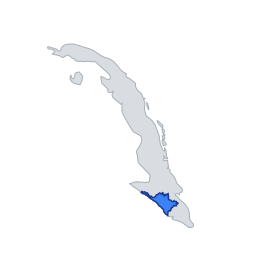 Santiago de Cuba on a map of Cuba (Robinson projection), rotated 41°
{"feature_id": "CUB-1369", "entity_name": "Santiago de Cuba", "entity_type": "Province", "adm_level": 1, "iso_a3": "CUB", "parent_name": "Cuba", "parent_adm1": "", "projection": "robinson", "projection_center": [-76.024, 20.226], "detail": "fine", "context": "in_parent", "style": "filled", "palette": "blue", "viewbox_px": 256, "rotation_deg": 41, "n_neighbors": 0, "source": "natural_earth", "source_scale": "10m", "svg_char_len": 6593}
<svg xmlns="http://www.w3.org/2000/svg" viewBox="0 0 256 256"><g transform="rotate(41 128 128)"><path d="M79.0,87.9L84.6,89.0L89.0,88.7L91.2,88.0L91.0,88.7L92.9,90.4L93.6,90.5L96.5,89.7L104.1,89.3L104.9,89.8L106.2,91.5L108.1,92.5L110.1,93.2L112.2,93.4L114.2,93.1L116.2,93.3L118.6,94.9L119.4,95.1L121.6,94.6L120.9,96.1L124.6,98.1L127.3,102.2L129.2,103.9L131.3,105.3L133.0,106.4L135.0,106.8L140.9,106.6L142.3,106.8L143.6,107.3L144.8,107.6L145.5,107.4L156.9,113.6L160.6,117.0L162.8,118.8L167.6,121.3L169.5,121.8L170.6,121.5L170.4,121.0L169.0,119.5L168.7,119.0L170.6,119.5L173.8,122.3L174.7,123.4L176.4,124.3L178.0,125.0L177.2,126.2L175.9,126.3L173.3,125.8L175.4,127.6L175.7,129.0L176.7,129.1L178.1,127.6L179.0,126.4L182.6,129.6L184.5,131.0L184.0,131.9L183.9,132.7L186.0,131.9L186.9,132.0L187.7,132.5L188.5,133.8L190.6,134.1L192.6,134.1L196.8,135.2L200.7,137.5L204.4,138.0L208.1,138.1L210.0,139.3L210.8,140.9L209.9,142.1L209.4,143.3L210.8,144.8L207.7,145.4L207.3,146.3L207.5,147.3L208.1,147.8L209.8,147.3L212.3,147.7L216.3,148.1L218.9,147.8L224.3,148.8L225.9,149.3L229.1,151.2L230.6,152.5L233.8,155.9L236.5,157.2L238.9,157.5L239.7,157.3L241.1,158.1L241.8,159.6L241.4,161.1L239.3,163.3L235.9,163.4L231.2,163.8L226.7,165.2L224.4,166.3L223.4,167.0L221.0,167.7L220.8,167.1L220.9,166.4L220.3,165.1L219.7,166.3L218.8,167.1L217.3,167.9L211.8,167.9L209.5,166.9L207.2,166.2L198.9,165.5L196.9,165.6L191.3,166.3L185.7,166.7L183.3,167.2L181.0,167.9L176.5,167.9L171.2,168.7L165.8,168.8L169.3,163.3L176.5,157.9L177.9,156.8L178.8,155.3L179.1,154.2L178.7,153.2L177.0,151.6L176.7,150.3L176.2,149.5L173.7,148.8L171.1,148.4L168.5,148.4L162.9,147.8L159.9,147.8L157.4,146.6L153.2,142.6L151.2,141.4L150.2,140.5L149.5,139.5L148.5,133.5L147.7,130.7L146.4,128.2L144.5,126.3L142.5,125.7L134.7,127.3L132.9,127.0L131.2,126.5L119.5,122.6L114.7,120.5L112.7,119.5L111.1,118.0L109.3,115.5L107.4,113.3L107.4,114.2L107.1,114.8L97.3,115.0L95.7,114.5L94.7,113.9L94.0,113.0L93.5,111.3L92.6,109.8L92.3,111.4L91.8,112.8L90.5,113.6L89.0,113.8L87.2,111.8L79.3,111.4L78.6,111.1L76.0,109.2L73.8,106.8L76.0,106.0L80.6,104.9L81.6,104.2L82.2,103.2L81.8,101.8L80.9,100.8L79.9,100.2L78.9,99.9L77.5,99.7L59.9,99.5L58.9,100.2L57.3,101.8L54.1,103.7L52.0,105.8L51.3,106.9L50.3,107.6L48.1,108.9L46.2,110.9L44.0,111.7L42.7,111.2L41.5,111.2L40.6,111.7L39.7,111.9L35.2,112.2L34.5,112.7L33.8,114.1L33.1,116.8L32.4,117.7L30.1,118.1L27.9,118.8L23.5,121.4L22.3,121.8L22.6,119.9L22.4,118.0L21.2,118.0L19.7,118.3L18.6,118.8L16.4,120.2L15.2,120.5L14.2,119.8L14.4,118.9L21.8,115.6L22.6,115.3L23.9,115.6L25.2,115.4L26.2,114.5L25.0,110.1L25.5,107.1L27.2,104.7L30.7,101.2L32.3,100.0L49.0,92.7L50.7,92.3L61.5,90.8L63.2,90.3L68.2,88.1L73.5,87.2L79.0,87.9ZM63.3,126.8L61.4,128.1L57.1,129.9L54.9,130.0L52.6,129.3L51.1,127.8L50.2,126.3L50.3,125.6L51.7,126.8L52.9,127.4L53.9,127.0L54.6,126.3L52.4,121.4L52.5,120.4L54.4,117.7L59.3,118.5L60.2,119.0L60.9,120.7L62.0,122.0L63.2,125.6L63.3,126.8ZM146.7,102.8L149.6,103.3L151.5,102.9L152.6,103.1L154.0,105.2L152.7,105.4L151.7,105.4L151.0,105.1L148.4,105.0L146.7,104.4L145.7,103.9L145.3,103.3L146.7,102.8ZM166.9,117.5L166.1,118.3L165.1,117.2L163.7,116.6L162.1,115.4L161.7,114.2L163.0,114.1L164.7,114.3L167.7,115.0L167.4,116.4L166.9,117.5ZM159.4,109.3L159.0,109.8L157.8,108.8L156.2,108.4L155.2,107.0L154.3,106.5L154.2,106.0L155.7,105.6L156.8,105.8L158.0,106.9L158.7,108.8L159.4,109.3ZM162.5,113.2L161.8,113.3L159.7,112.3L159.1,111.4L159.8,110.3L160.0,109.0L160.3,108.9L160.6,110.4L162.2,111.1L162.3,111.4L163.3,112.7L162.5,113.2ZM131.5,100.1L131.5,100.7L127.8,98.9L126.3,97.1L125.6,96.6L126.7,96.6L131.5,100.1Z" fill="#d9dde1" stroke="#a8b0b8" stroke-width="1"/><path d="M215.4,168.1L215.1,168.1L214.4,167.9L214.2,167.8L213.8,168.1L213.7,168.1L213.1,168.2L212.4,168.2L211.8,168.1L211.3,167.8L210.6,167.9L209.8,167.4L208.9,166.7L208.1,166.3L207.7,166.2L206.2,166.3L205.8,166.2L204.9,166.0L204.5,166.0L203.7,166.1L203.3,166.2L203.0,166.4L202.7,166.4L199.9,165.7L197.9,165.5L197.0,165.5L195.3,166.0L194.5,166.1L192.9,166.1L192.5,166.2L191.6,166.5L191.1,166.6L188.4,166.5L185.7,166.7L185.2,167.0L184.8,166.9L184.3,166.8L183.8,166.8L183.5,166.9L182.8,167.5L182.4,167.8L181.9,167.9L180.3,168.0L180.3,167.5L180.1,167.0L180.0,166.9L180.2,166.7L181.4,166.5L181.6,166.5L181.7,166.4L182.5,165.2L183.3,165.1L183.5,165.1L184.0,165.1L184.3,165.1L184.5,165.0L184.9,164.6L185.2,164.3L185.5,164.5L185.7,164.8L185.8,164.8L186.0,164.9L186.0,165.0L186.2,164.9L186.3,164.8L186.4,164.7L186.8,164.6L187.0,164.6L187.3,164.9L187.4,165.0L187.6,165.1L187.9,165.2L188.0,165.2L188.0,165.3L188.3,165.3L188.7,165.2L189.2,165.2L189.3,165.2L189.4,164.9L189.5,164.9L189.7,165.0L190.3,165.2L190.5,165.0L190.3,164.5L190.3,164.4L190.4,164.2L191.0,164.3L191.5,164.4L191.9,164.3L192.1,164.2L192.4,164.0L192.7,163.8L193.4,163.1L193.6,162.7L193.5,160.6L193.4,159.9L193.3,159.7L193.5,159.5L193.7,159.3L194.0,158.9L194.0,158.7L194.4,156.5L194.5,156.3L194.7,156.1L195.0,156.1L195.7,156.2L195.9,156.2L196.0,156.2L196.1,155.9L196.1,155.7L196.4,155.3L196.5,155.2L196.6,154.8L196.6,154.6L196.5,154.1L196.8,154.0L197.0,154.1L197.1,154.3L197.1,154.6L197.1,154.9L197.1,155.0L197.3,155.5L197.6,155.6L197.9,155.4L198.4,154.6L198.9,154.5L199.1,154.5L199.3,154.6L199.5,154.6L199.8,154.8L200.0,154.7L200.0,154.8L199.8,155.3L199.9,155.5L200.3,155.1L200.5,154.4L200.5,153.9L200.4,153.5L200.3,153.3L200.3,153.2L200.2,153.2L200.6,152.8L200.8,152.5L201.3,152.3L201.4,152.2L201.2,151.6L201.2,151.4L201.3,151.2L201.5,151.4L202.5,152.2L202.7,152.5L202.7,152.8L202.9,153.0L203.3,153.0L203.5,153.0L203.7,153.3L203.6,153.5L203.7,153.8L204.4,154.3L204.7,154.4L204.8,154.8L204.9,155.0L205.3,155.2L206.0,155.3L207.5,154.5L207.9,154.4L208.6,154.6L209.5,154.5L210.4,153.8L210.5,153.6L210.5,153.4L210.4,153.1L210.4,152.9L210.5,152.8L210.5,152.7L210.7,152.8L210.8,152.9L211.1,153.0L211.4,152.9L211.7,152.6L212.1,152.2L212.3,151.9L212.5,151.9L212.8,151.8L213.1,152.1L213.5,152.2L214.5,152.0L214.8,152.0L215.1,151.9L215.2,152.1L215.1,152.7L215.1,152.8L214.9,152.9L214.8,153.0L214.7,153.1L214.7,153.3L214.5,153.5L214.4,153.5L214.5,153.6L214.6,153.8L214.9,154.1L215.5,154.9L215.3,155.1L215.2,155.3L214.8,155.3L214.7,155.3L214.5,155.5L214.4,155.9L214.2,156.3L213.9,156.5L213.7,156.7L213.4,156.8L213.4,157.2L213.6,157.7L213.7,158.1L213.6,158.8L213.6,159.0L213.4,159.1L213.3,159.4L213.2,159.5L213.3,159.7L213.4,160.3L213.5,160.6L213.6,161.1L213.9,161.3L213.9,162.0L214.0,162.2L214.0,162.3L214.3,162.4L214.3,162.5L214.3,162.9L213.8,163.2L213.5,163.6L213.4,163.6L213.1,163.8L213.1,164.7L213.2,165.0L213.5,165.5L214.1,166.2L215.4,168.1L215.4,168.1Z" fill="#3b82f6" stroke="#1e3a8a" stroke-width="1.5"/></g></svg>